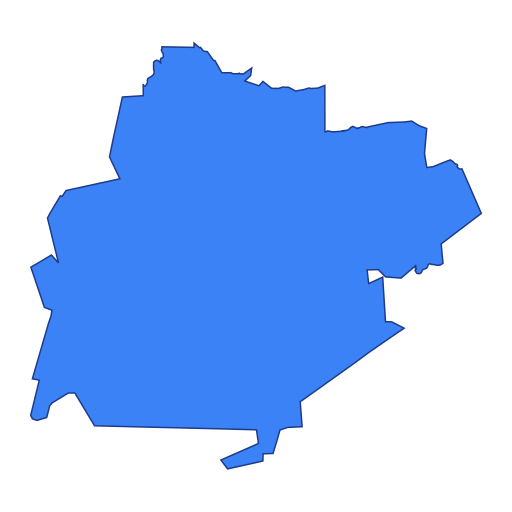 Cananea, Sonora, Mexico
{"feature_id": "50627088B87713420511875", "entity_name": "Cananea", "entity_type": "district", "adm_level": 2, "iso_a3": "MEX", "parent_name": "Mexico", "parent_adm1": "Sonora", "projection": "robinson", "projection_center": [-110.19, 30.986], "detail": "fine", "context": "isolated", "style": "filled", "palette": "blue", "viewbox_px": 512, "rotation_deg": 0, "n_neighbors": 0, "source": "geoboundaries", "source_scale": "gbopen_adm2", "svg_char_len": 3455}
<svg xmlns="http://www.w3.org/2000/svg" viewBox="0 0 512 512"><path d="M161.9,46.8L161.9,48.9L161.5,49.5L161.4,49.9L161.5,50.5L161.8,51.1L162.0,51.8L162.4,52.6L163.0,53.4L163.0,53.7L163.1,54.2L163.2,54.9L163.3,55.8L163.3,56.6L163.0,57.3L162.6,57.7L162.0,58.1L161.2,58.1L160.9,58.4L160.8,58.7L160.7,59.0L160.5,59.5L160.4,60.0L160.3,60.5L160.3,61.0L160.6,61.8L160.8,62.4L160.8,62.9L160.5,62.7L160.3,62.5L159.9,62.1L159.6,61.7L159.0,61.3L158.5,61.0L157.8,60.5L156.8,60.3L156.3,60.4L155.3,60.7L154.7,61.1L154.2,61.6L153.8,62.0L153.6,62.4L153.6,63.0L153.6,63.7L153.6,64.5L153.5,65.9L153.6,67.3L153.6,68.4L153.6,68.9L153.7,69.8L153.9,70.4L154.1,71.3L154.2,72.0L154.1,73.2L153.9,73.6L153.4,74.4L153.1,74.9L152.6,75.4L152.1,75.8L151.7,76.2L150.9,76.7L149.8,77.3L148.5,78.0L147.9,78.5L147.6,79.0L147.4,80.0L147.3,80.9L147.5,81.7L147.4,82.5L147.3,82.9L147.0,83.3L146.8,84.0L146.4,84.4L146.2,84.9L146.0,85.3L145.5,85.8L144.9,86.2L144.0,85.9L143.6,85.2L143.4,84.6L143.2,84.6L143.3,95.7L122.4,97.0L113.8,136.0L109.5,156.9L119.9,178.8L118.4,179.1L66.1,190.5L62.1,196.4L60.4,195.8L50.6,212.2L47.5,218.0L51.5,234.4L58.5,263.0L51.4,255.0L30.9,267.2L44.4,307.4L51.9,310.2L51.1,315.7L48.5,323.3L36.2,365.6L32.4,378.8L39.3,380.1L30.7,415.4L32.5,418.9L37.0,420.4L46.7,417.5L49.7,405.8L52.3,402.8L68.3,393.0L74.9,393.0L75.2,393.5L76.4,395.6L93.5,424.0L94.5,425.8L95.4,425.8L123.8,426.5L143.4,427.0L143.7,427.0L169.1,427.6L182.6,427.9L184.4,428.0L185.0,428.0L219.1,428.8L256.5,429.8L258.2,441.8L258.4,443.5L220.9,460.0L227.6,468.9L262.9,461.0L263.1,453.8L273.0,453.5L276.6,441.8L280.0,430.0L287.7,427.4L302.1,426.7L300.2,401.6L302.1,400.4L348.1,367.6L356.2,361.8L368.9,352.4L390.7,337.3L404.1,328.2L393.9,323.0L391.8,321.9L390.7,321.8L389.6,321.8L385.5,321.7L382.7,277.1L368.7,283.6L368.0,277.7L367.1,269.9L378.3,269.6L385.6,276.9L401.1,278.1L415.7,265.6L415.8,266.0L415.6,266.4L415.3,266.9L415.1,267.3L415.1,267.8L415.9,267.9L416.5,268.4L416.3,268.8L416.2,269.0L415.7,269.3L415.5,269.5L415.2,269.8L415.1,270.1L415.2,270.5L415.3,271.1L415.7,271.4L416.0,271.7L416.1,272.0L416.2,272.5L416.5,273.0L417.1,273.3L417.9,273.6L419.0,273.7L419.9,273.6L420.7,273.2L421.1,272.8L421.4,272.5L421.5,272.1L421.6,271.9L421.9,271.3L422.2,270.7L422.6,270.1L422.9,269.6L423.3,269.4L423.7,269.3L424.4,269.1L425.1,268.8L425.9,268.5L426.7,268.0L427.2,267.4L427.5,266.8L427.7,266.4L427.8,265.8L428.1,264.8L428.6,264.3L429.5,263.8L430.0,263.8L431.2,264.3L432.8,264.5L434.5,264.7L436.6,265.2L438.4,265.3L440.7,264.8L443.0,263.3L441.3,245.4L441.2,243.8L443.8,241.9L481.3,213.4L468.2,183.2L461.9,168.8L461.2,169.2L459.0,168.7L457.1,166.9L457.6,165.3L457.1,164.5L454.8,163.6L453.1,161.7L450.4,159.9L445.6,161.6L433.0,166.7L426.8,167.5L424.5,153.5L426.7,128.5L418.9,125.6L413.3,122.1L411.7,121.1L410.0,121.3L404.1,122.0L388.2,122.6L366.8,127.2L366.7,127.6L362.6,126.6L361.2,126.7L361.0,127.0L359.1,128.0L358.6,127.8L357.5,128.1L357.3,128.6L354.2,126.9L352.5,126.4L351.3,127.4L351.0,127.2L348.5,129.6L347.6,130.2L343.0,130.7L343.5,131.1L332.9,131.9L327.3,130.9L326.3,131.7L324.9,131.8L324.8,85.4L317.8,88.1L311.2,88.5L308.9,88.0L303.2,89.7L295.5,91.0L288.7,87.3L282.4,87.1L278.7,88.4L271.7,88.3L262.9,81.4L259.0,85.8L244.8,81.0L250.6,75.6L251.7,68.0L243.5,73.9L240.1,73.8L239.1,73.2L238.8,73.8L232.8,73.7L230.9,72.7L221.8,72.8L214.9,60.5L213.5,60.4L207.3,51.6L203.4,51.1L201.7,48.9L200.5,47.4L199.5,47.7L194.1,43.1L194.0,47.4L168.3,46.9L161.9,46.8Z" fill="#3b82f6" stroke="#1e3a8a" stroke-width="1.5"/></svg>